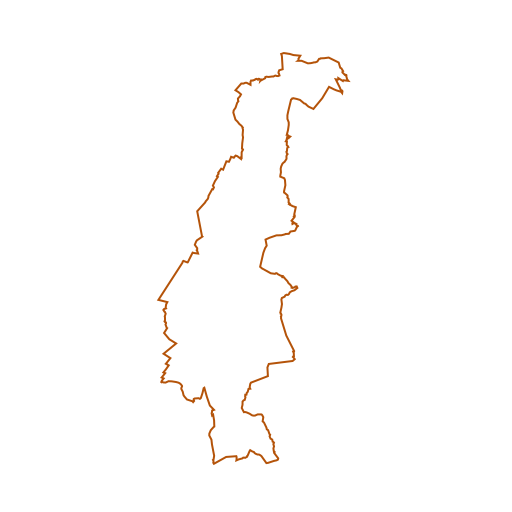 Jiménez, Michoacán, Mexico (Natural Earth projection), rotated 107°
{"feature_id": "50627088B65655240179591", "entity_name": "Jiménez", "entity_type": "district", "adm_level": 2, "iso_a3": "MEX", "parent_name": "Mexico", "parent_adm1": "Michoacán", "projection": "natural_earth1", "projection_center": [-101.709, 19.934], "detail": "fine", "context": "isolated", "style": "outline", "palette": "amber", "viewbox_px": 512, "rotation_deg": 107, "n_neighbors": 0, "source": "geoboundaries", "source_scale": "gbopen_adm2", "svg_char_len": 6032}
<svg xmlns="http://www.w3.org/2000/svg" viewBox="0 0 512 512"><g transform="rotate(107 256 256)"><path d="M405.0,309.8L403.8,309.0L404.0,307.7L403.5,305.5L401.3,303.0L400.5,299.9L399.9,295.7L399.8,293.4L400.0,291.9L400.8,290.1L401.8,288.8L402.3,288.6L403.9,288.8L404.9,288.6L407.2,286.4L410.3,284.6L411.3,283.4L413.4,280.1L413.5,274.3L414.1,273.4L412.7,272.8L411.7,273.6L410.9,273.7L410.2,273.0L408.8,269.4L409.0,267.9L407.9,267.2L403.0,267.1L397.7,267.4L397.1,266.9L404.9,261.9L412.5,256.4L415.4,251.2L416.6,252.8L418.5,252.4L419.3,252.5L421.4,251.3L420.3,250.6L425.5,248.0L431.3,246.0L431.9,246.5L435.8,248.3L439.5,248.7L441.3,248.2L444.7,244.9L449.1,243.0L459.3,237.6L463.1,237.1L463.6,237.5L464.6,236.6L466.2,236.4L467.0,235.5L456.9,225.8L453.2,216.3L453.9,215.8L456.2,215.1L457.2,215.0L455.5,213.0L453.5,209.8L452.6,209.3L452.2,208.3L452.2,207.4L450.7,205.9L449.9,206.0L449.7,205.7L449.2,205.6L444.4,205.1L443.4,204.8L444.0,202.4L444.1,200.6L444.8,199.8L445.2,198.6L445.4,196.6L445.0,195.0L445.2,193.9L445.7,192.4L451.0,185.5L450.3,184.0L446.7,178.9L445.4,176.6L444.3,175.5L443.0,175.6L439.0,181.1L438.4,181.4L437.9,181.0L437.3,182.0L434.9,183.1L432.8,183.1L430.8,184.4L429.3,184.2L428.8,184.9L428.7,185.8L426.8,186.8L426.4,188.7L424.4,190.3L422.8,190.2L422.2,191.2L419.0,193.5L418.6,195.0L417.0,195.9L412.9,199.7L412.2,201.3L408.0,201.9L406.4,203.5L405.9,204.4L407.0,208.1L408.9,210.3L409.4,211.8L409.5,213.2L408.7,216.0L408.3,219.3L408.4,220.9L408.9,221.9L405.5,225.2L402.2,225.4L399.1,226.3L397.6,225.6L396.9,224.7L394.1,224.8L393.6,225.3L391.8,225.7L391.4,224.6L389.6,224.8L388.3,224.2L385.3,224.3L384.6,222.7L383.4,223.7L380.0,224.1L378.6,223.8L367.4,209.5L359.2,212.5L355.5,212.2L345.7,190.3L343.3,188.8L342.2,190.3L341.4,192.0L341.5,191.1L340.8,190.4L337.8,191.5L336.6,192.5L336.2,191.7L335.8,191.7L323.2,203.8L308.2,213.9L306.8,214.2L306.5,214.5L305.7,214.3L304.7,214.5L304.1,215.0L304.0,215.5L303.5,215.6L303.1,216.2L297.9,216.6L294.4,217.1L290.2,219.0L288.6,219.0L286.5,216.7L285.2,216.5L284.1,215.5L284.0,214.4L283.7,213.9L282.5,213.3L280.9,213.1L279.2,211.6L277.5,209.2L274.5,207.1L273.2,208.2L273.7,209.4L274.1,209.5L274.7,210.1L275.9,211.8L275.9,212.7L275.1,212.7L273.6,214.6L272.4,217.1L271.0,218.5L268.9,222.1L268.2,222.8L268.6,224.7L268.3,224.9L267.4,224.7L267.6,226.7L267.0,229.8L266.4,231.2L266.7,232.0L267.5,232.6L268.2,236.8L266.1,246.7L265.1,248.9L250.7,249.9L245.9,249.6L243.0,248.8L237.5,251.7L234.6,248.4L230.3,242.5L228.7,237.7L226.8,234.6L226.3,234.2L225.2,231.1L222.5,230.2L220.6,226.3L219.8,225.9L216.2,225.4L215.1,224.6L214.9,224.8L214.8,226.2L214.0,226.8L213.9,227.2L213.5,227.0L213.3,227.9L213.3,229.0L213.7,229.6L214.7,230.5L214.1,230.8L213.6,230.7L213.6,230.3L212.8,229.9L211.9,232.3L207.3,230.5L207.0,231.4L205.7,230.9L205.3,231.5L204.9,231.6L197.7,232.2L197.6,236.1L197.3,236.6L197.2,238.4L196.8,239.5L196.1,239.0L195.7,239.5L195.6,240.1L195.1,240.6L193.9,240.8L192.0,241.5L191.6,241.8L191.1,242.9L190.8,243.2L189.4,243.2L188.7,243.8L187.3,246.9L187.1,247.7L185.9,248.1L179.7,248.6L174.9,250.5L173.4,251.7L173.0,256.0L171.8,256.3L168.7,256.6L165.4,257.9L163.1,258.1L160.0,257.7L158.3,256.8L157.9,256.3L154.6,255.3L153.9,255.3L151.6,256.1L149.4,255.9L149.3,255.7L148.9,255.9L148.6,256.7L147.4,257.4L146.6,257.1L143.7,257.7L142.8,257.3L142.2,257.6L142.1,257.2L141.6,257.7L141.1,258.9L140.5,259.2L137.5,259.9L137.6,261.0L135.4,260.5L135.4,260.8L133.3,260.9L133.7,259.3L132.8,259.1L132.7,258.7L131.8,258.2L131.7,259.7L130.8,261.6L131.0,262.0L126.3,262.2L121.1,263.0L118.6,263.8L116.4,265.5L115.8,266.0L112.3,267.1L108.1,267.5L96.2,268.2L95.4,267.6L94.7,267.4L94.6,266.8L94.2,266.5L93.9,262.9L93.9,259.5L96.0,254.6L96.0,253.1L96.7,251.9L97.8,249.5L98.6,244.1L85.8,238.8L72.9,235.6L73.8,230.4L74.1,227.5L74.1,222.7L75.1,221.2L73.1,221.5L72.6,222.1L72.4,223.5L70.5,225.0L63.7,231.4L63.5,229.4L63.0,228.9L61.8,229.3L63.3,224.0L62.4,223.8L61.5,218.9L60.4,220.5L57.5,222.3L57.2,222.3L57.0,223.3L56.5,223.1L56.5,224.5L55.2,227.0L54.2,227.2L53.7,226.8L51.6,229.2L51.3,230.5L46.8,233.5L45.0,244.5L46.9,248.6L48.1,252.0L48.7,252.4L49.0,253.3L52.1,254.2L53.4,255.8L54.0,257.4L54.4,257.9L55.6,260.1L56.6,262.7L56.0,269.4L57.1,273.0L56.4,272.5L55.0,273.1L51.5,272.2L52.9,279.0L52.9,282.7L53.8,288.8L55.4,291.0L57.2,289.7L69.6,285.1L71.6,288.1L73.6,288.2L74.4,288.0L75.1,287.2L76.5,286.3L77.5,287.5L77.8,288.9L77.7,289.9L77.9,290.4L79.3,291.9L79.6,293.0L81.1,296.3L81.5,298.5L82.2,299.4L83.3,299.2L86.3,302.2L86.0,302.5L87.3,303.1L86.5,303.2L85.7,304.1L85.7,305.2L86.3,306.0L86.8,305.9L86.5,307.5L87.2,308.4L88.0,308.7L88.8,310.2L89.2,310.3L89.6,312.0L91.0,312.2L93.9,311.3L93.1,315.5L93.5,316.9L94.7,318.3L95.4,320.5L103.5,324.1L104.4,320.7L105.8,317.6L107.9,318.0L110.7,319.3L112.6,318.6L113.1,318.1L115.1,318.8L120.1,318.9L123.3,319.9L125.5,319.6L131.6,315.5L132.9,313.0L134.6,310.6L135.7,308.0L137.0,306.2L137.4,306.4L139.1,305.3L144.2,304.2L146.3,303.1L152.2,302.1L157.5,300.8L157.9,299.6L159.0,299.6L160.0,300.0L161.2,300.0L166.2,298.5L166.1,299.0L167.6,298.7L166.0,303.1L165.9,304.8L167.5,305.7L168.0,305.6L168.5,305.9L168.4,308.8L170.4,308.9L173.8,309.4L174.1,312.0L183.1,312.7L182.7,314.8L187.6,316.5L188.3,315.8L191.1,316.7L191.5,315.6L196.3,317.1L201.3,317.8L202.7,316.3L204.8,316.6L204.8,317.4L212.4,319.0L214.0,318.7L215.5,318.8L218.7,320.2L219.5,320.2L230.4,325.3L253.1,313.3L253.2,313.0L258.3,317.1L259.7,317.5L263.2,317.8L265.7,314.5L267.6,314.0L267.9,314.3L269.1,313.1L270.6,312.1L271.3,316.3L271.3,317.6L282.0,319.4L282.2,319.7L281.9,324.0L282.6,324.4L284.0,324.4L326.5,336.5L326.0,327.3L328.5,327.8L331.8,327.3L332.4,326.7L333.7,328.5L334.7,328.8L335.8,327.5L335.5,327.2L335.7,327.3L336.2,326.7L337.6,325.5L340.5,325.6L340.8,325.3L344.0,324.2L345.2,324.4L345.7,323.8L345.7,323.2L345.9,322.7L346.5,322.4L348.0,322.5L350.9,320.3L351.0,319.9L356.5,321.4L361.0,314.5L363.0,306.8L376.5,315.8L378.7,308.0L385.3,310.6L385.4,310.2L385.5,310.3L386.1,307.5L390.7,309.0L394.4,310.5L394.6,308.6L399.8,310.7L400.1,308.5L402.8,309.6L405.0,309.8Z" fill="none" stroke="#b45309" stroke-width="2"/></g></svg>